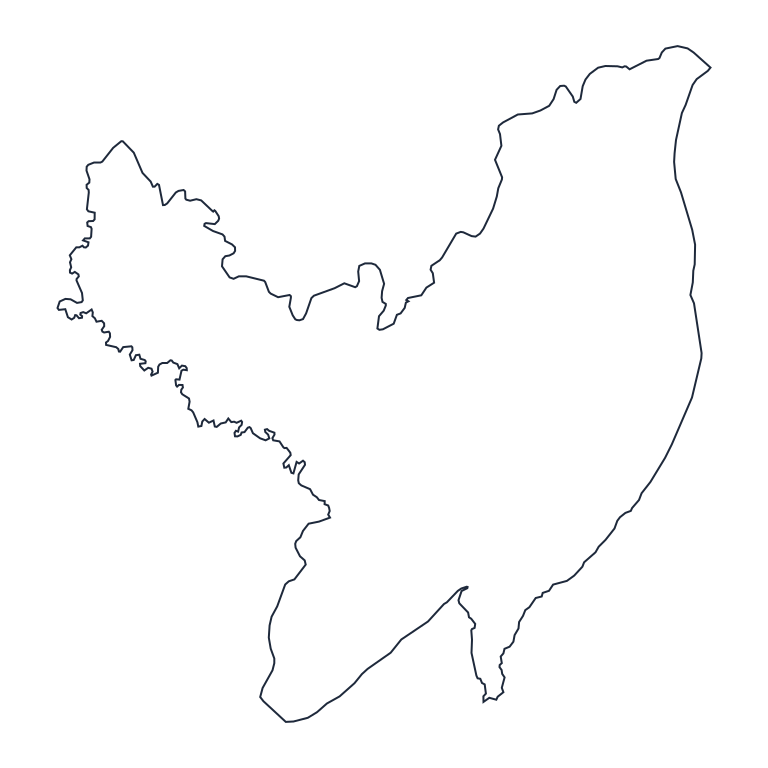 Melgar, Tolima, Colombia
{"feature_id": "7082276B7628947847785", "entity_name": "Melgar", "entity_type": "district", "adm_level": 2, "iso_a3": "COL", "parent_name": "Colombia", "parent_adm1": "Tolima", "projection": "natural_earth1", "projection_center": [-74.673, 4.184], "detail": "fine", "context": "isolated", "style": "outline", "palette": "slate", "viewbox_px": 768, "rotation_deg": 0, "n_neighbors": 0, "source": "geoboundaries", "source_scale": "gbopen_adm2", "svg_char_len": 6016}
<svg xmlns="http://www.w3.org/2000/svg" viewBox="0 0 768 768"><path d="M133.8,152.7L122.8,141.3L121.3,141.2L113.2,147.8L102.3,161.6L100.5,162.5L94.1,162.5L88.3,164.8L86.7,166.7L86.5,170.6L89.5,179.3L89.3,182.6L86.6,184.8L86.7,188.0L88.6,189.9L88.8,192.5L86.9,209.3L88.4,211.3L94.7,212.7L94.6,219.4L93.1,221.0L88.6,221.2L87.2,222.5L87.6,226.0L90.9,227.1L91.6,228.8L91.1,236.8L89.8,238.4L84.8,238.4L83.1,240.4L88.5,242.3L88.0,245.6L85.8,247.5L83.9,247.3L82.5,245.7L79.4,247.3L76.3,247.3L69.8,255.3L71.4,259.2L70.0,262.3L71.2,267.3L69.9,270.1L70.0,272.6L72.1,273.6L74.8,271.9L78.4,274.4L78.8,276.4L76.6,279.0L76.5,280.4L82.0,293.0L82.8,300.4L81.6,302.1L77.0,302.9L70.6,299.3L65.4,298.9L59.7,301.5L57.5,308.0L58.9,309.9L65.3,309.2L67.9,317.2L71.6,319.5L74.2,317.8L75.2,315.1L76.5,315.3L79.0,318.2L82.0,317.7L82.1,316.1L80.3,314.6L80.6,313.0L83.2,312.1L86.2,313.3L91.6,309.5L92.8,312.4L92.4,316.1L94.9,318.3L96.5,321.7L101.7,320.8L104.1,323.3L104.2,326.2L101.7,329.8L102.4,331.6L104.1,332.5L108.8,331.7L109.9,333.3L110.1,336.9L108.0,341.0L106.0,342.5L106.1,344.9L116.2,347.2L118.3,349.0L118.9,351.5L120.1,351.7L123.2,347.1L131.4,346.3L132.3,347.3L132.5,350.2L129.8,354.6L131.6,360.3L133.7,360.0L135.9,355.2L139.3,354.7L140.5,358.8L144.7,360.0L145.7,361.3L145.4,363.2L140.0,363.8L140.2,366.1L144.3,370.5L148.2,367.8L151.5,368.7L152.6,371.6L151.1,374.6L151.5,375.6L157.9,372.7L158.2,366.7L159.5,364.5L162.3,363.0L167.2,363.0L170.4,360.3L171.7,360.5L173.3,362.6L177.4,364.1L179.2,368.3L181.9,365.6L185.3,366.2L186.7,368.1L186.8,370.2L183.3,369.7L181.5,370.7L179.5,379.6L176.1,379.3L175.4,380.0L176.1,385.4L177.1,386.6L179.0,384.9L182.5,385.0L182.9,387.5L181.3,389.7L181.0,392.3L182.3,394.3L189.0,398.5L189.6,401.7L188.3,408.8L191.5,410.3L193.2,412.4L197.4,422.2L198.3,426.6L201.4,426.0L202.3,421.5L204.6,419.0L208.9,422.7L213.5,420.5L214.8,426.5L216.7,426.9L220.8,423.5L225.7,422.4L228.3,418.5L231.3,422.1L234.1,421.7L236.6,422.8L241.2,420.7L242.1,422.0L241.6,424.9L239.1,427.4L238.1,431.6L235.9,430.8L234.5,432.9L235.0,436.3L237.5,436.4L240.7,434.9L241.6,432.5L244.5,432.1L247.8,427.7L249.5,427.1L250.7,428.1L252.9,433.2L260.1,438.3L265.6,440.3L269.3,438.4L268.1,434.6L265.3,432.0L264.9,429.7L267.1,429.1L269.1,430.8L274.4,432.7L274.5,434.6L272.4,438.1L273.2,440.3L279.5,441.4L283.3,447.2L284.4,448.1L286.6,447.9L290.3,452.7L290.7,455.1L283.4,463.5L284.3,467.7L286.3,467.5L288.8,465.2L291.4,472.8L293.4,473.4L296.6,461.9L299.1,463.5L303.0,460.7L304.7,462.2L305.0,464.8L298.7,474.4L298.2,480.3L298.8,483.2L301.3,485.4L310.1,489.2L313.0,494.7L316.8,497.2L319.0,500.0L324.7,501.1L324.6,504.2L328.2,505.5L329.1,507.9L329.7,511.0L328.2,514.6L330.0,517.6L319.0,521.6L308.6,523.7L303.0,530.9L300.4,537.2L296.2,541.1L295.2,543.8L295.6,547.7L300.0,556.3L304.7,560.4L305.7,564.6L294.4,579.4L288.8,581.3L285.2,584.5L277.2,606.4L271.6,616.7L269.6,625.4L268.8,637.6L270.7,648.6L274.3,658.5L274.3,663.2L272.5,670.3L262.6,688.0L260.2,697.0L263.4,701.2L285.8,721.9L293.5,721.5L307.8,717.8L317.0,712.2L326.9,703.5L339.6,696.4L354.5,683.2L361.9,674.1L367.6,668.9L390.7,652.7L401.3,639.5L428.0,621.5L444.0,604.0L446.9,602.3L457.8,590.9L461.3,588.5L466.8,586.7L467.6,587.0L467.3,588.2L461.6,591.0L458.5,600.2L459.3,603.3L468.1,612.5L469.0,617.3L471.2,618.7L475.2,623.9L474.6,627.9L471.9,629.1L471.3,630.4L472.0,639.7L471.5,652.9L476.4,675.6L477.6,678.3L480.3,678.8L482.0,683.0L484.7,684.4L485.9,693.6L483.4,696.3L483.5,701.9L489.3,697.8L496.3,699.7L497.7,696.7L503.4,692.2L501.8,687.8L504.6,677.4L502.2,673.9L501.6,670.0L499.5,667.1L499.7,665.0L501.8,663.1L500.7,656.5L503.4,653.4L504.5,648.8L509.6,646.7L513.4,641.7L514.6,635.1L518.5,628.5L519.1,622.0L523.0,615.9L525.3,610.1L529.4,607.2L535.7,598.0L541.7,596.5L542.7,592.9L549.0,590.8L553.1,584.6L566.9,580.9L574.2,575.6L582.4,566.7L584.1,562.3L595.5,552.3L598.7,546.7L605.5,539.9L614.5,528.5L617.3,520.8L620.0,517.2L625.4,512.9L630.8,510.9L632.1,508.0L639.0,500.0L641.6,493.2L650.4,482.0L665.1,457.8L671.8,444.4L692.0,397.5L701.3,358.4L701.6,353.1L694.0,303.3L690.4,295.0L692.8,282.4L693.3,270.7L694.7,264.4L695.1,244.7L692.2,229.8L681.0,192.4L675.7,179.0L674.1,161.9L674.6,153.1L676.0,140.0L681.9,113.0L685.6,105.0L692.6,85.0L696.7,79.1L707.8,70.9L710.5,67.6L693.6,52.5L687.6,48.4L677.6,46.1L665.4,48.6L661.8,52.5L659.5,58.0L658.2,59.0L646.5,60.7L629.6,69.3L626.2,66.5L624.6,66.3L622.3,67.4L617.5,66.3L605.4,66.0L598.1,67.7L589.8,73.9L585.5,79.5L582.7,86.2L580.5,99.0L576.2,102.8L574.3,101.8L572.8,96.6L565.8,86.5L564.1,85.7L560.2,86.0L556.6,89.8L553.6,99.1L549.2,105.8L540.4,110.5L532.2,113.4L517.8,114.5L503.1,122.4L498.9,125.7L498.1,129.4L500.0,134.1L501.4,145.8L495.0,159.8L502.1,177.3L501.9,179.5L498.3,188.2L496.8,196.5L493.1,208.6L483.5,228.6L480.0,233.6L475.6,236.6L471.6,236.1L463.3,232.3L460.7,231.9L456.2,233.6L442.1,257.5L439.8,260.2L431.4,265.8L430.6,269.7L432.8,273.2L434.1,282.7L426.4,287.6L421.3,295.3L408.0,298.0L406.3,300.0L408.4,301.3L405.9,302.6L404.7,307.9L400.6,313.4L396.9,314.8L393.7,323.7L382.9,329.3L379.4,329.8L377.4,328.5L379.0,316.2L383.7,310.7L385.8,305.5L385.8,303.9L382.5,301.9L381.6,297.8L382.1,291.2L384.1,283.8L379.9,269.8L375.5,264.8L371.4,263.4L365.0,263.4L359.3,265.9L358.2,271.5L359.1,281.1L356.9,286.2L355.2,287.2L344.3,283.3L334.6,288.2L313.9,295.7L311.4,298.1L306.1,313.4L303.0,319.1L299.4,320.3L296.8,320.0L295.3,319.3L292.7,315.3L289.3,306.8L290.9,297.7L290.9,296.2L289.6,295.0L278.1,297.2L270.7,293.6L268.9,291.8L265.2,282.0L264.0,280.7L246.1,276.3L238.9,276.3L233.6,278.8L229.6,277.4L222.0,266.3L222.6,259.3L225.3,256.2L229.4,255.5L233.6,253.3L235.1,250.9L235.0,247.3L232.0,244.4L225.1,240.9L224.5,236.6L222.5,234.4L213.0,231.0L204.2,225.9L204.6,223.8L206.0,223.1L214.8,224.1L218.2,220.8L219.1,218.6L218.7,216.2L215.3,211.0L214.4,210.3L213.2,211.6L212.4,211.0L201.2,200.4L196.4,199.2L190.1,200.7L186.3,199.7L185.4,198.6L185.1,191.4L183.6,190.0L178.5,190.9L175.8,192.5L167.2,203.4L164.8,205.0L163.0,205.1L159.0,184.9L157.3,183.9L154.6,186.7L152.9,186.7L150.7,181.6L142.5,172.9L133.8,152.7Z" fill="none" stroke="#1e293b" stroke-width="2"/></svg>